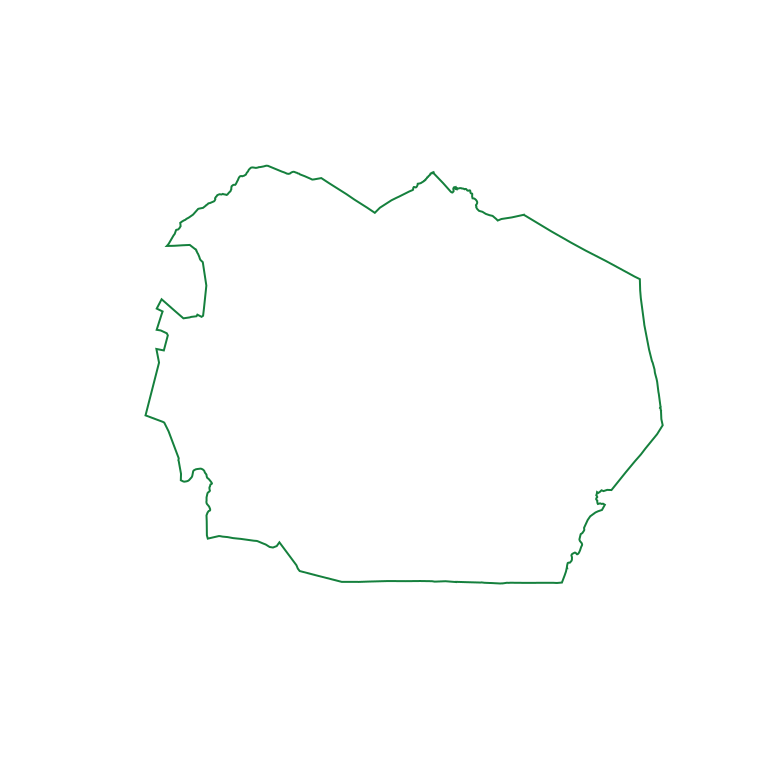 the district of Blomes pag., Smiltenes, Latvia, rotated 302°
{"feature_id": "27541924B40520684233184", "entity_name": "Blomes pag.", "entity_type": "district", "adm_level": 2, "iso_a3": "LVA", "parent_name": "Latvia", "parent_adm1": "Smiltenes", "projection": "albers", "projection_center": [25.744, 57.45], "detail": "fine", "context": "isolated", "style": "outline", "palette": "green", "viewbox_px": 768, "rotation_deg": 302, "n_neighbors": 0, "source": "geoboundaries", "source_scale": "gbopen_adm2", "svg_char_len": 6142}
<svg xmlns="http://www.w3.org/2000/svg" viewBox="0 0 768 768"><g transform="rotate(302 384 384)"><path d="M188.5,297.3L187.4,300.6L186.4,302.0L185.7,302.9L184.9,303.4L184.4,303.4L183.6,302.8L183.1,302.6L181.5,302.5L178.5,303.1L173.5,306.5L161.8,314.0L159.5,316.5L167.6,324.6L168.2,325.8L169.0,327.9L171.3,332.5L173.3,337.6L175.5,342.1L176.7,344.5L182.1,356.6L183.4,359.1L183.7,360.0L184.7,366.1L185.2,368.7L185.2,373.4L186.5,376.5L189.7,378.9L194.3,379.2L183.9,405.8L181.8,408.7L180.7,411.6L186.3,429.5L193.8,453.0L203.0,467.8L208.2,475.5L219.2,492.1L228.3,506.9L236.1,519.1L242.2,529.2L243.3,531.8L249.3,540.6L254.3,550.2L254.5,550.1L259.2,558.2L266.9,571.3L267.4,571.8L268.7,574.6L271.1,578.8L271.6,579.6L276.2,587.9L277.4,589.7L277.6,589.9L277.7,590.2L280.6,593.6L281.3,594.9L282.5,596.6L289.3,607.7L305.1,632.9L306.9,636.1L309.9,640.1L317.5,638.6L321.4,637.7L324.7,636.5L324.9,636.9L325.7,636.1L327.3,635.4L329.4,634.7L329.8,634.8L330.3,635.2L331.0,636.3L333.2,636.7L334.5,636.5L336.7,635.2L337.9,633.8L338.6,633.6L339.7,633.7L342.1,635.1L342.3,635.4L342.3,636.4L341.9,637.7L341.9,638.0L342.6,638.5L343.6,638.7L344.6,638.7L346.8,638.4L348.8,637.9L350.6,637.5L352.0,637.4L352.7,637.2L353.7,636.2L354.7,633.3L355.5,632.3L355.9,632.0L360.8,630.4L361.0,630.4L362.7,631.2L365.8,631.3L366.5,631.1L368.0,629.9L376.6,628.8L381.1,629.0L387.1,631.4L389.4,632.9L392.7,635.6L398.6,635.3L398.6,633.3L398.5,633.1L398.3,632.8L397.8,632.4L397.6,632.0L397.3,630.5L395.6,629.0L395.9,628.4L397.3,627.1L398.1,626.7L398.3,625.9L398.8,624.9L399.7,624.6L401.0,624.8L401.6,624.3L402.1,623.0L403.5,622.7L405.2,622.0L405.1,623.4L406.8,624.2L409.1,624.8L409.5,626.9L412.5,629.4L414.6,633.1L437.3,635.8L451.3,637.7L460.5,639.2L468.0,639.9L486.2,642.2L496.7,642.2L501.2,637.8L507.5,633.5L508.4,633.0L508.6,632.4L509.4,632.0L509.8,631.5L509.9,630.7L510.3,630.6L511.2,630.8L511.4,630.4L521.1,622.4L522.6,621.0L530.6,614.5L532.9,612.3L535.1,609.9L537.2,607.7L539.7,605.7L544.4,600.6L545.5,599.0L553.7,590.5L572.0,573.5L573.9,572.0L592.9,556.3L599.2,551.6L608.5,545.4L607.9,539.6L605.9,506.8L604.0,484.3L603.0,467.5L602.1,444.9L601.6,414.2L601.4,413.3L601.7,413.0L593.0,404.1L586.2,396.2L582.9,393.8L583.4,391.8L584.1,387.0L583.1,384.1L582.2,380.2L582.2,376.2L581.2,372.9L581.8,370.3L582.6,368.8L582.9,368.4L583.7,368.2L583.9,367.7L584.4,367.2L585.7,367.3L586.9,367.1L587.7,366.6L588.4,365.6L588.9,364.3L589.1,363.0L589.1,362.3L588.4,360.7L589.8,359.3L591.5,358.4L592.1,357.9L591.8,356.6L592.1,355.9L592.7,355.4L593.2,355.1L593.7,354.5L593.6,354.0L593.1,353.4L592.6,353.1L592.4,352.7L592.3,352.0L592.8,350.6L592.8,350.2L592.5,349.6L592.3,349.3L591.9,349.2L591.6,347.3L591.1,346.6L590.9,345.5L590.3,344.5L588.9,343.2L588.9,342.6L588.6,342.5L588.4,342.3L587.7,342.6L587.3,341.3L587.5,341.0L587.9,341.0L588.0,341.7L588.4,341.8L588.7,341.4L588.7,341.1L589.0,340.6L588.7,340.5L588.5,339.8L588.0,339.2L587.3,339.1L586.5,339.2L585.9,339.6L584.9,340.5L584.2,340.9L582.7,340.6L582.5,340.3L582.4,339.5L582.4,338.9L585.7,327.6L588.9,314.9L588.9,314.3L589.2,314.1L589.7,314.1L589.9,313.8L589.4,313.5L589.3,313.2L589.0,313.0L588.4,313.3L588.3,313.1L588.1,312.5L587.2,312.0L586.7,312.3L586.2,312.3L586.0,312.0L584.9,312.0L584.0,311.6L582.9,311.6L582.4,311.3L582.0,311.1L581.4,311.3L579.8,310.9L579.3,311.0L579.0,311.0L578.8,310.7L578.1,310.7L577.4,310.4L577.3,310.2L576.8,310.2L575.3,309.4L574.3,309.0L573.1,308.1L571.7,306.5L571.1,306.8L570.0,307.1L568.9,307.2L568.0,307.1L567.6,306.8L567.3,306.3L567.3,305.7L566.8,304.9L566.0,304.9L564.6,305.4L564.2,305.7L563.5,305.4L560.8,303.5L550.8,297.4L548.5,295.9L543.8,293.0L531.3,287.1L524.3,285.5L524.6,276.3L524.7,261.2L525.1,251.6L525.2,231.2L525.4,221.7L520.4,216.2L519.4,214.9L519.2,214.1L519.2,213.4L518.2,206.6L517.2,201.5L517.4,200.7L516.9,199.1L517.0,198.4L516.7,197.5L516.3,195.4L515.9,194.6L515.0,193.8L513.8,193.1L512.8,192.8L511.7,191.8L511.0,190.3L510.6,187.4L510.0,184.8L507.5,169.9L506.7,168.4L504.8,166.7L502.3,164.0L501.6,163.0L500.7,162.3L499.4,160.9L498.1,157.9L497.5,157.1L497.0,156.6L496.2,156.3L494.1,155.8L492.2,156.0L490.4,155.7L488.4,155.9L486.4,154.9L485.6,154.1L485.1,153.8L485.0,153.6L484.9,153.1L484.2,152.1L483.7,151.8L482.4,151.6L481.2,151.7L479.8,152.0L478.1,152.1L475.1,152.4L474.1,152.3L473.5,151.3L473.0,150.7L471.4,150.1L470.8,150.0L469.0,150.8L468.3,151.3L467.1,151.4L466.6,151.6L465.9,151.6L464.2,151.1L461.7,150.8L460.9,150.3L460.8,150.1L460.9,149.8L459.9,147.4L459.8,146.6L458.7,145.9L457.7,143.9L455.9,142.6L455.1,142.5L454.4,142.6L453.8,142.3L452.3,142.3L452.0,142.3L451.5,142.9L451.1,143.1L449.6,143.2L448.8,143.0L445.2,140.5L444.6,139.8L444.0,139.3L442.7,139.1L441.7,138.5L440.9,138.4L437.5,137.2L434.5,134.0L434.0,133.6L426.4,132.3L421.5,130.2L419.8,129.2L418.7,128.7L418.1,128.6L416.5,127.5L414.7,126.6L412.7,125.8L411.2,127.0L410.0,127.9L407.5,127.9L405.9,127.5L404.8,126.3L404.4,126.1L400.3,127.0L398.5,126.8L389.1,127.1L387.6,127.0L386.0,126.7L389.8,132.5L395.0,139.8L399.0,145.6L398.5,150.6L398.3,152.2L398.5,152.7L398.2,153.2L398.1,153.8L397.5,154.2L397.4,154.8L397.1,155.1L396.2,156.4L395.9,157.2L393.7,160.3L393.2,160.8L392.2,162.1L391.9,162.9L391.5,164.7L391.4,165.5L390.9,166.1L373.3,181.2L352.4,191.4L346.0,194.4L344.3,193.7L343.9,189.0L342.1,189.1L338.8,185.0L337.5,183.9L333.4,179.1L335.1,168.2L338.0,150.5L327.5,151.3L328.2,157.8L325.1,158.5L309.5,162.5L311.1,166.3L311.9,172.9L310.7,174.9L295.8,179.5L293.1,172.4L282.9,181.9L231.0,198.4L234.7,216.5L234.8,218.1L229.7,226.4L212.2,249.3L210.3,250.1L209.9,250.7L200.2,259.5L194.7,262.7L195.0,265.5L195.4,266.5L197.0,268.3L198.0,269.1L198.6,269.4L199.5,269.7L201.4,270.0L202.9,270.3L204.5,270.1L208.9,268.4L210.0,268.5L211.4,269.3L212.0,269.7L213.1,270.9L214.8,273.0L215.2,273.7L215.3,274.1L215.5,275.4L215.3,276.9L215.1,277.4L214.9,277.9L214.2,278.7L213.9,279.2L213.3,280.9L213.0,281.5L211.9,282.4L211.0,283.4L210.8,283.7L210.5,285.9L209.5,288.8L209.1,289.8L208.7,290.5L208.4,290.8L207.7,290.7L206.9,290.1L206.3,290.2L204.9,290.7L204.0,290.7L203.2,291.1L201.3,292.7L201.2,292.9L200.4,292.9L198.6,292.2L197.8,292.2L193.8,293.6L191.1,295.3L190.0,295.8L189.1,296.5L188.5,297.3Z" fill="none" stroke="#15803d" stroke-width="2"/></g></svg>